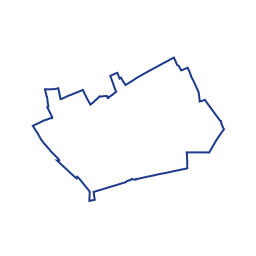 the district of Lunguletu, Dâmbovita, Romania, rotated 109°
{"feature_id": "2599482B28645513171347", "entity_name": "Lunguletu", "entity_type": "district", "adm_level": 2, "iso_a3": "ROU", "parent_name": "Romania", "parent_adm1": "Dâmbovita", "projection": "orthographic", "projection_center": [25.659, 44.619], "detail": "fine", "context": "isolated", "style": "outline", "palette": "blue", "viewbox_px": 256, "rotation_deg": 109, "n_neighbors": 0, "source": "geoboundaries", "source_scale": "gbopen_adm2", "svg_char_len": 5643}
<svg xmlns="http://www.w3.org/2000/svg" viewBox="0 0 256 256"><g transform="rotate(109 128 128)"><path d="M181.9,184.4L182.1,184.0L182.6,182.7L182.9,182.0L183.4,181.0L183.8,180.0L185.3,176.7L185.9,175.3L187.3,172.1L188.4,169.6L189.0,168.4L189.9,166.2L190.5,165.0L191.0,163.7L191.7,161.9L191.8,161.8L191.8,161.7L192.1,161.1L192.1,160.7L192.2,160.4L192.3,160.2L190.7,160.2L190.8,159.8L190.9,159.4L191.0,159.1L191.1,158.9L191.4,158.5L191.5,158.3L191.8,157.5L191.9,157.3L192.1,156.9L192.5,156.4L192.6,156.2L192.9,155.8L193.3,155.1L193.8,154.4L194.0,154.1L194.2,153.6L194.3,153.4L194.7,152.8L195.1,152.3L195.1,152.2L195.9,150.9L196.7,149.7L197.7,148.2L198.3,147.1L199.3,145.5L199.6,145.0L199.9,144.5L200.5,143.6L202.4,142.9L203.0,142.7L203.3,142.6L203.5,142.6L203.9,142.5L204.2,142.4L204.4,142.3L204.9,142.2L205.3,142.1L206.2,141.8L207.6,141.4L208.3,141.2L209.5,140.8L206.7,136.1L199.6,139.7L199.4,139.4L199.0,138.8L198.4,138.0L198.3,137.8L198.0,137.4L197.5,136.8L196.8,135.8L195.8,134.3L194.3,132.2L194.0,131.9L193.8,131.7L193.1,130.7L192.8,130.3L192.7,130.0L191.4,128.2L189.2,125.3L189.0,125.1L188.9,124.9L188.0,123.6L187.1,122.3L186.1,121.0L185.0,119.4L183.9,118.0L183.3,117.1L182.8,116.3L182.2,115.6L181.9,115.2L181.4,114.5L181.1,114.1L180.9,113.9L180.8,113.7L180.0,112.4L179.9,112.4L179.5,112.3L179.0,112.1L178.8,112.0L178.5,111.7L178.1,111.2L178.0,110.9L177.8,110.6L177.5,110.5L177.2,110.3L177.1,109.8L176.8,109.2L176.5,108.6L175.5,108.3L175.3,108.2L174.9,107.8L174.9,107.5L175.0,107.1L174.9,106.4L174.5,104.2L174.2,103.7L173.8,103.8L173.7,103.5L172.9,102.2L172.1,100.9L171.2,99.5L170.2,97.8L170.0,97.6L169.9,97.4L169.3,96.4L168.5,95.0L167.9,94.1L167.6,93.5L167.4,93.3L166.7,92.1L165.8,90.5L161.0,82.7L160.1,81.2L159.4,79.8L157.1,75.8L157.0,75.7L155.5,73.2L155.3,73.0L153.9,70.6L152.4,68.1L150.5,65.0L149.2,62.8L149.2,62.6L148.4,61.3L147.4,59.8L146.9,58.9L146.5,59.0L145.1,59.4L144.0,59.8L143.0,60.2L141.3,60.7L140.1,61.2L139.4,61.4L138.5,61.8L137.7,62.2L136.2,62.8L135.0,63.2L134.7,63.3L134.2,63.5L133.9,63.7L133.4,63.9L132.8,64.2L132.6,64.4L132.1,64.6L131.9,64.6L131.7,63.8L130.7,60.9L129.8,58.4L129.2,56.8L128.4,54.1L127.1,50.5L126.0,47.2L125.0,44.2L124.8,43.3L124.4,43.2L120.5,42.4L116.4,41.6L112.6,40.9L110.9,40.5L109.2,40.1L103.4,38.5L99.4,37.3L98.0,36.9L98.0,37.0L97.3,37.6L96.1,38.9L96.0,39.0L95.8,39.1L95.0,39.6L94.5,40.2L93.6,40.9L93.3,41.2L92.9,41.6L92.5,41.7L92.1,41.8L91.8,41.9L91.5,42.0L91.2,42.3L91.2,42.5L91.1,43.4L90.3,44.5L76.4,64.5L76.6,64.6L79.6,68.8L78.4,69.4L77.9,69.6L77.0,70.0L75.3,70.8L73.1,71.9L71.5,72.7L71.0,73.1L70.0,73.9L67.9,76.0L64.6,79.1L62.4,81.2L61.2,82.4L58.3,85.6L58.0,85.5L55.9,87.2L51.6,91.2L56.2,96.4L56.0,96.6L52.9,100.2L52.7,100.4L52.5,100.9L52.5,101.1L52.6,101.5L52.5,102.0L47.9,106.2L46.8,107.3L46.5,107.6L50.1,110.9L50.6,111.3L55.7,116.1L61.4,121.3L66.8,126.3L71.8,130.8L74.7,133.4L74.9,133.6L75.1,133.8L75.6,134.2L78.2,136.4L78.7,136.7L79.2,137.1L83.9,140.8L84.5,141.3L88.2,144.4L87.7,145.0L84.0,149.6L82.7,151.0L84.0,152.0L79.3,156.0L79.6,156.4L81.4,158.5L84.5,161.7L87.2,159.5L90.1,157.1L92.1,155.6L92.9,155.0L93.0,154.8L95.0,153.3L95.1,153.1L96.4,152.1L96.9,151.7L97.5,151.0L99.8,152.4L100.5,152.9L101.1,153.1L101.9,153.7L102.4,154.2L103.6,155.0L105.0,155.9L106.0,156.3L106.2,156.5L106.3,156.9L106.0,157.3L105.2,157.1L104.6,158.0L105.6,161.0L105.8,161.3L107.7,165.2L107.6,165.3L108.0,165.5L109.1,166.0L110.4,166.7L110.9,167.0L111.5,167.3L112.2,167.7L112.8,168.0L113.8,168.6L114.3,168.8L115.5,169.5L116.2,169.9L117.1,170.5L118.1,171.1L116.8,172.6L115.2,174.4L113.8,176.0L113.7,176.1L113.4,176.4L112.5,177.3L111.4,178.4L110.5,179.4L109.4,180.5L108.6,181.2L107.8,182.0L107.3,182.6L106.8,183.0L106.7,183.1L107.8,184.3L108.4,185.0L109.4,186.1L110.8,187.7L111.4,188.4L111.9,189.0L112.2,189.4L112.5,189.7L112.5,189.8L112.8,190.0L113.2,190.5L113.5,190.9L113.9,191.2L114.2,191.5L114.5,191.9L114.9,192.3L115.4,193.0L115.5,193.1L115.6,193.3L115.8,193.6L116.0,193.8L116.3,194.1L117.1,195.0L117.7,195.7L119.1,197.1L120.4,198.5L121.8,200.0L122.2,200.4L122.6,200.8L122.7,201.0L122.6,201.3L122.2,201.5L121.7,201.8L121.2,202.1L120.9,202.3L120.5,202.5L120.0,202.8L119.1,203.3L118.2,203.9L117.8,204.1L117.4,204.3L117.1,204.4L116.9,204.5L116.4,204.9L115.3,205.5L114.7,205.9L114.3,206.1L113.9,206.3L113.7,206.4L113.5,206.5L113.1,206.8L113.6,207.6L114.9,209.7L115.2,210.3L115.7,211.5L117.4,216.0L118.4,219.1L118.6,219.0L119.8,218.3L121.3,217.3L122.7,216.3L123.8,215.9L124.3,215.5L124.6,215.2L124.8,214.8L125.0,214.7L125.6,214.4L126.2,214.0L126.5,213.9L127.3,213.5L127.9,213.2L128.3,213.0L128.6,212.9L129.0,212.7L129.3,212.6L130.3,212.1L133.0,210.6L133.6,210.3L133.9,210.3L134.3,210.7L134.4,210.9L134.6,211.1L136.5,209.2L139.5,206.1L140.4,205.3L141.5,204.1L142.3,203.3L142.6,203.1L142.9,203.0L143.1,202.9L143.5,203.0L143.5,203.4L143.6,203.7L143.9,204.3L144.7,205.4L144.9,205.8L145.6,206.5L145.9,206.8L146.3,207.3L146.6,207.6L147.9,209.5L148.4,210.1L149.0,210.7L150.1,211.8L150.3,211.9L151.5,213.1L152.2,213.8L152.8,214.5L153.5,215.2L155.6,217.4L156.1,217.8L156.6,218.4L156.9,218.7L160.8,213.9L161.6,213.0L161.8,212.7L161.9,212.4L162.4,211.6L163.6,210.5L164.0,210.1L164.4,209.5L164.6,209.3L164.8,209.1L165.3,208.6L165.7,208.1L166.1,207.5L166.3,207.3L166.4,207.2L166.8,206.8L167.6,206.0L167.7,205.8L167.8,205.5L167.9,205.2L168.0,205.1L168.2,204.8L168.5,204.4L168.8,204.0L169.8,202.5L170.1,202.1L170.1,201.9L170.3,201.7L171.0,200.4L171.5,199.5L171.9,198.9L171.9,198.7L172.5,197.7L172.8,197.2L173.0,197.0L173.5,196.0L173.6,195.7L174.3,194.5L174.5,194.4L174.8,194.2L176.9,189.8L179.9,183.8L180.6,182.7L180.8,182.4L181.1,182.5L181.4,182.8L181.6,183.2L181.9,184.4Z" fill="none" stroke="#1e3a8a" stroke-width="2"/></g></svg>